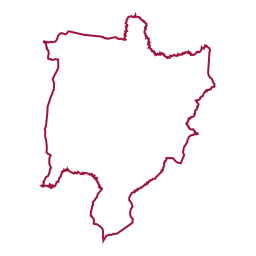 the district of Chipili, Luapula, Zambia
{"feature_id": "96606910B25287686140667", "entity_name": "Chipili", "entity_type": "district", "adm_level": 2, "iso_a3": "ZMB", "parent_name": "Zambia", "parent_adm1": "Luapula", "projection": "orthographic", "projection_center": [29.255, -10.48], "detail": "fine", "context": "isolated", "style": "outline", "palette": "rose", "viewbox_px": 256, "rotation_deg": 0, "n_neighbors": 0, "source": "geoboundaries", "source_scale": "gbopen_adm2", "svg_char_len": 5717}
<svg xmlns="http://www.w3.org/2000/svg" viewBox="0 0 256 256"><path d="M214.2,86.8L214.5,86.4L214.4,83.9L213.2,82.6L212.0,79.0L210.2,77.7L208.7,75.4L208.1,72.8L209.5,51.5L210.1,50.3L209.1,47.9L207.7,47.3L206.4,45.7L205.2,45.4L205.2,46.8L204.3,47.5L203.5,47.4L202.9,47.9L203.1,48.3L202.6,48.1L201.8,48.9L201.6,48.4L201.4,49.7L199.6,52.1L198.7,52.3L198.0,51.8L196.5,52.2L196.5,52.8L195.9,53.5L194.3,54.6L193.4,54.5L193.3,54.9L192.2,55.2L191.4,54.9L191.2,54.1L190.6,54.6L190.3,53.8L190.9,53.0L190.5,53.3L190.0,52.8L190.2,53.5L189.7,53.6L188.9,53.3L189.1,52.4L187.7,52.7L187.6,52.2L187.0,52.6L186.1,52.1L184.3,52.7L184.5,53.1L183.8,53.0L183.9,53.5L183.3,53.8L182.8,53.4L182.3,54.4L181.6,54.0L180.8,54.8L179.7,54.5L179.1,54.8L178.5,54.4L178.6,54.8L177.6,55.0L177.7,55.7L177.0,55.9L176.4,55.9L176.5,55.5L175.2,55.6L174.9,55.1L173.8,54.8L172.5,56.1L170.8,55.8L171.1,56.2L169.1,57.0L169.4,57.5L168.1,57.2L168.1,57.8L167.5,58.0L166.6,57.7L166.0,56.5L164.6,56.1L164.4,55.1L163.1,54.6L163.6,54.1L162.3,53.1L161.2,53.7L160.3,52.9L160.3,53.7L159.7,53.4L159.4,53.7L159.7,54.4L158.2,53.9L158.2,54.6L156.0,53.8L156.1,55.0L155.5,55.2L155.3,54.0L154.1,53.2L154.4,52.1L153.3,51.7L153.5,51.2L152.0,51.2L151.9,50.5L151.3,50.2L151.5,49.4L149.7,48.0L149.7,47.4L148.8,47.5L149.8,46.0L149.0,45.2L149.1,44.7L148.0,44.4L148.5,43.2L149.0,43.0L148.7,42.7L149.4,42.3L148.5,41.8L148.9,41.3L148.2,39.2L148.8,38.9L148.4,38.2L146.9,38.0L146.9,37.5L146.2,37.9L146.4,36.6L145.7,36.0L146.1,35.6L146.0,35.3L145.5,35.3L145.4,33.4L144.6,33.0L144.5,31.0L145.9,29.0L145.8,28.5L145.1,28.3L145.6,27.4L145.2,27.1L146.2,26.4L146.1,25.4L146.6,25.2L146.2,23.5L144.4,22.2L144.3,21.6L143.9,21.8L143.3,21.0L142.9,21.1L142.7,20.3L140.7,19.2L139.7,17.6L139.0,17.6L138.8,17.0L137.3,17.1L135.8,16.5L135.5,15.4L135.3,16.1L134.8,16.1L134.8,17.1L133.1,17.1L131.5,16.1L128.9,16.8L127.6,17.7L127.5,19.2L126.4,20.1L126.6,21.7L125.6,23.1L127.4,25.3L126.9,25.7L127.0,26.3L125.9,26.5L126.5,28.0L126.1,29.2L127.1,31.1L125.8,31.8L125.3,31.7L125.9,32.9L124.6,33.7L125.2,35.0L124.7,34.8L124.5,35.3L125.5,36.1L124.1,37.9L124.5,37.7L124.5,38.2L125.6,39.5L125.1,39.9L122.5,39.3L121.8,38.8L118.3,38.9L115.6,37.1L107.4,38.8L105.8,38.0L104.7,38.3L102.7,36.9L101.9,37.1L100.9,36.5L84.4,34.9L68.7,31.3L67.5,32.3L67.0,33.4L65.2,34.3L61.8,33.1L60.2,33.5L58.1,35.7L56.8,39.8L55.5,41.3L53.2,42.3L50.6,41.7L49.8,42.3L48.6,42.4L44.0,41.4L43.8,42.1L46.2,43.9L46.2,46.4L47.1,47.9L46.7,48.9L47.8,49.7L48.5,51.6L48.8,53.6L48.2,55.8L48.1,58.6L49.1,59.2L50.6,59.1L52.0,60.0L55.7,59.2L58.1,59.6L58.3,67.9L52.7,79.0L54.2,83.6L53.8,89.6L52.3,92.6L52.3,94.1L51.0,96.3L47.6,106.6L47.4,112.3L45.9,126.6L44.7,128.8L45.3,131.7L45.1,136.3L46.1,140.3L46.8,146.8L46.6,152.4L47.8,153.7L50.7,155.3L49.7,157.2L49.3,159.1L49.3,163.8L51.1,167.8L50.0,169.3L49.3,173.2L48.0,176.1L46.4,176.9L45.3,178.2L44.5,180.5L43.3,181.9L43.8,182.3L43.9,183.2L42.7,185.3L41.5,185.7L43.3,186.7L44.5,185.6L47.3,185.9L48.9,186.8L49.7,184.2L51.3,185.5L51.4,186.7L50.8,187.4L51.1,188.1L51.6,187.9L52.8,185.4L53.5,186.6L54.5,186.6L56.3,183.6L56.4,182.2L57.1,181.7L58.4,181.8L59.3,177.8L60.4,177.1L61.1,175.8L60.8,175.3L61.2,174.2L62.6,172.3L62.2,171.4L63.5,170.8L64.3,170.9L64.3,170.1L64.8,170.7L66.4,170.5L66.0,169.9L66.8,169.8L66.5,169.6L67.0,168.9L67.1,169.5L67.8,169.4L69.5,171.3L73.8,173.6L74.7,173.3L74.4,172.7L74.8,172.4L76.9,173.3L77.1,172.4L77.8,171.8L81.1,174.2L81.7,174.2L82.4,172.9L83.6,173.9L84.1,172.8L85.0,172.8L88.5,173.7L89.7,174.7L90.3,174.7L90.6,173.9L91.9,174.0L92.3,176.0L93.5,176.0L93.4,175.7L94.3,175.3L94.6,175.6L94.5,176.5L94.2,176.2L93.7,177.0L94.0,177.8L94.6,177.7L95.5,179.1L96.5,177.8L97.1,178.1L96.4,179.6L96.5,180.5L97.4,180.9L97.4,182.2L98.4,183.1L98.2,183.8L99.6,185.3L99.7,186.1L98.8,186.5L98.9,186.8L99.8,187.7L100.3,187.1L101.3,188.6L101.8,188.4L102.0,188.9L97.8,194.1L96.6,197.8L95.4,198.5L94.8,200.2L92.7,202.3L93.1,204.5L93.0,205.2L92.2,205.8L92.2,207.3L90.8,211.9L91.0,212.9L90.6,214.7L90.9,216.0L91.9,216.2L92.1,217.1L93.6,218.6L93.9,221.1L93.6,223.6L94.4,224.1L96.2,224.0L98.1,225.0L101.1,227.2L102.5,229.2L103.0,230.5L102.9,237.9L103.4,239.1L103.4,240.6L106.2,236.0L109.0,234.8L111.1,234.9L113.2,234.0L117.1,233.6L132.5,222.7L132.7,218.8L130.8,217.0L130.0,213.4L130.9,209.0L132.5,206.7L132.4,205.8L131.0,202.3L129.1,200.0L129.3,197.4L131.9,192.8L134.2,192.2L134.4,191.0L135.3,191.5L135.9,190.3L136.8,190.5L137.1,189.5L137.9,189.7L138.3,188.5L139.4,188.7L141.2,187.8L141.1,187.2L143.2,186.4L144.7,184.5L145.8,184.8L146.8,182.8L147.6,183.6L148.4,182.5L148.3,181.8L149.5,181.4L149.7,180.5L150.4,180.6L151.4,179.8L151.9,180.0L153.0,178.8L155.3,178.7L155.7,177.5L162.1,171.3L161.7,171.0L162.2,170.5L161.9,170.2L162.9,169.7L163.2,167.6L164.1,166.2L164.3,164.0L163.9,162.9L165.2,161.6L165.0,161.0L166.5,159.6L166.5,158.0L172.6,158.1L173.8,159.1L175.2,161.0L177.6,162.6L180.8,163.2L184.2,154.9L183.5,153.8L183.1,151.8L183.9,147.4L187.1,142.4L187.7,139.5L189.4,136.4L192.2,134.8L192.9,135.2L194.3,134.2L196.4,134.3L197.7,133.8L197.5,133.2L196.2,133.2L195.9,132.8L195.3,132.9L195.2,132.4L194.7,132.6L194.8,131.2L193.8,130.5L193.4,129.3L191.0,129.5L189.6,128.9L189.4,128.0L188.7,127.7L188.8,127.0L188.2,126.6L188.3,125.8L186.4,124.3L186.4,123.3L187.6,122.7L187.4,121.8L188.5,120.6L188.4,119.0L189.2,118.9L189.2,118.5L189.6,118.7L189.7,118.2L190.7,117.9L191.1,116.9L193.0,116.8L194.5,115.4L194.4,114.1L194.8,114.2L195.1,113.2L195.0,111.1L195.9,109.7L196.8,109.4L197.4,107.8L197.0,106.6L198.0,106.2L198.5,104.5L198.3,103.7L197.1,102.4L197.0,101.2L195.8,100.8L195.7,100.5L199.4,99.6L200.3,98.5L200.2,97.5L201.8,96.3L202.7,96.3L203.9,93.2L205.7,90.9L206.0,91.4L206.5,90.7L207.1,90.9L207.4,89.8L209.4,89.9L210.5,88.7L211.1,88.9L211.2,88.1L212.2,87.0L214.2,86.8Z" fill="none" stroke="#9f1239" stroke-width="2"/></svg>